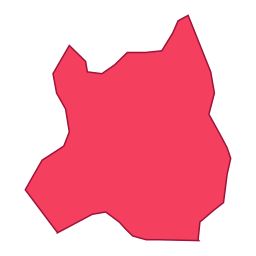 outline of Buk-gu [North Distrikt], Daegu, South Korea
{"feature_id": "91817680B84202113891253", "entity_name": "Buk-gu [North Distrikt]", "entity_type": "district", "adm_level": 2, "iso_a3": "KOR", "parent_name": "South Korea", "parent_adm1": "Daegu", "projection": "robinson", "projection_center": [128.573, 35.931], "detail": "fine", "context": "isolated", "style": "filled", "palette": "rose", "viewbox_px": 256, "rotation_deg": 0, "n_neighbors": 0, "source": "geoboundaries", "source_scale": "gbopen_adm2", "svg_char_len": 618}
<svg xmlns="http://www.w3.org/2000/svg" viewBox="0 0 256 256"><path d="M25.3,189.8L57.3,232.4L57.3,232.9L92.2,214.3L105.7,212.0L119.2,222.0L125.5,228.9L132.6,235.9L138.5,237.6L146.1,239.7L158.0,239.7L198.8,240.6L198.1,239.7L199.9,222.0L214.4,209.7L223.5,202.6L225.3,188.5L227.1,174.3L230.7,158.4L227.1,147.8L221.6,137.3L208.9,114.3L214.4,93.1L210.7,71.9L188.1,15.4L178.1,20.8L172.7,33.1L161.8,50.8L145.5,52.5L127.3,52.5L114.6,64.9L101.9,73.7L87.4,71.9L85.6,61.4L69.3,45.5L53.0,73.7L56.6,93.1L65.6,109.0L69.3,132.0L63.8,146.1L42.1,160.2L33.0,176.1L25.3,189.8Z" fill="#f43f5e" stroke="#9f1239" stroke-width="1.5"/></svg>